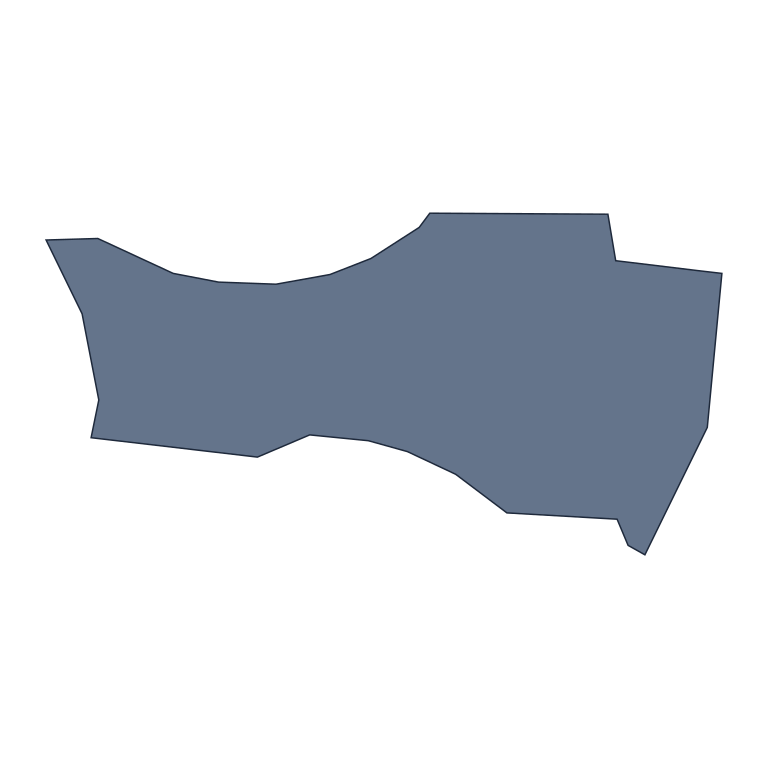 outline of Houston, Tennessee, United States of America
{"feature_id": "52423323B25005829455001", "entity_name": "Houston", "entity_type": "district", "adm_level": 2, "iso_a3": "USA", "parent_name": "United States of America", "parent_adm1": "Tennessee", "projection": "mercator", "projection_center": [-87.736, 36.273], "detail": "fine", "context": "isolated", "style": "filled", "palette": "slate", "viewbox_px": 768, "rotation_deg": 0, "n_neighbors": 0, "source": "geoboundaries", "source_scale": "gbopen_adm2", "svg_char_len": 451}
<svg xmlns="http://www.w3.org/2000/svg" viewBox="0 0 768 768"><path d="M607.9,214.2L429.8,213.2L419.2,227.4L370.9,258.5L330.0,274.5L276.0,284.2L218.5,282.1L173.2,273.4L97.8,238.5L46.1,240.0L82.1,313.8L98.8,400.0L91.1,437.7L257.4,457.1L309.7,434.9L368.3,440.7L407.4,451.6L455.7,474.3L506.9,512.9L617.1,519.2L628.1,545.4L644.9,554.8L707.3,427.4L721.9,273.4L696.9,270.5L615.7,260.7L607.9,214.2Z" fill="#64748b" stroke="#1e293b" stroke-width="1.5"/></svg>